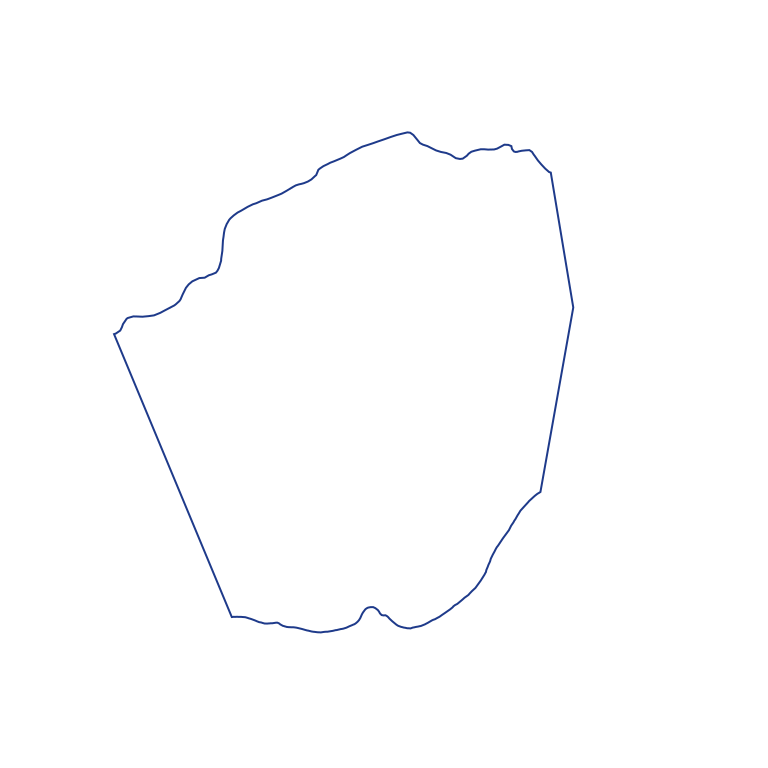 Gayabois, Choiseul, Saint Lucia (Robinson projection), rotated 236°
{"feature_id": "8701671B55791110195050", "entity_name": "Gayabois", "entity_type": "district", "adm_level": 2, "iso_a3": "LCA", "parent_name": "Saint Lucia", "parent_adm1": "Choiseul", "projection": "robinson", "projection_center": [-61.02, 13.786], "detail": "fine", "context": "isolated", "style": "outline", "palette": "blue", "viewbox_px": 768, "rotation_deg": 236, "n_neighbors": 0, "source": "geoboundaries", "source_scale": "gbopen_adm2", "svg_char_len": 4318}
<svg xmlns="http://www.w3.org/2000/svg" viewBox="0 0 768 768"><g transform="rotate(236 384 384)"><path d="M207.0,453.3L341.6,583.7L466.0,640.5L467.4,639.4L472.4,638.1L478.0,637.2L483.3,636.6L489.1,636.5L490.4,636.4L493.6,636.5L496.6,635.3L498.3,632.4L500.3,628.7L501.5,625.8L502.0,624.2L502.9,622.7L504.2,621.7L507.3,621.5L510.0,622.6L512.7,620.8L515.1,617.6L515.4,614.0L515.9,609.3L516.9,606.4L520.1,601.4L522.6,598.3L524.5,595.5L526.6,589.9L527.7,586.3L527.6,583.0L526.9,580.3L526.8,575.3L528.1,572.8L531.1,569.8L536.9,567.4L540.7,564.8L544.5,561.0L548.5,557.8L552.2,555.7L557.0,553.0L560.7,550.1L563.7,548.5L567.4,548.2L574.0,547.6L577.7,546.2L579.5,544.1L581.6,538.5L583.3,533.8L585.0,527.8L586.6,521.5L588.5,514.5L589.8,509.4L591.3,504.1L592.9,498.7L593.5,494.0L593.8,491.6L594.5,484.8L594.6,480.7L594.6,477.7L595.2,474.0L596.6,467.0L597.5,463.2L597.8,460.3L598.5,455.6L598.5,451.5L598.3,449.4L595.1,444.6L595.0,443.4L594.2,438.2L594.4,434.1L595.3,429.9L596.1,427.5L597.1,425.0L598.0,421.9L598.3,418.5L598.7,410.6L599.1,405.5L599.6,403.0L600.3,399.7L601.4,394.7L602.5,390.2L604.2,385.4L605.3,379.2L606.3,375.8L607.1,370.1L607.6,362.1L608.0,358.5L607.8,353.7L607.2,349.4L606.7,347.5L604.9,343.8L604.6,343.1L601.6,338.7L598.9,336.0L595.7,333.2L593.1,330.8L589.7,328.2L584.7,324.4L578.7,318.9L577.3,317.9L572.5,312.0L571.0,309.2L570.3,306.9L571.2,302.5L572.1,299.6L572.4,294.8L575.1,290.1L576.3,282.5L575.8,277.8L574.5,273.6L570.8,267.1L567.9,262.6L567.2,260.8L566.5,256.0L566.4,254.1L567.6,243.3L568.1,238.3L569.5,231.7L572.0,226.6L574.9,221.3L578.0,217.1L580.2,214.0L582.0,208.5L582.0,207.1L579.6,201.1L577.6,198.4L575.8,195.2L575.8,189.9L576.3,188.1L574.9,187.8L275.9,127.5L275.5,128.2L275.1,129.1L274.1,130.5L273.5,131.5L272.8,132.5L272.0,133.6L271.0,135.1L270.7,135.5L270.1,136.2L268.7,138.0L268.2,138.6L266.4,140.1L265.2,141.0L264.4,141.7L263.4,142.5L260.9,144.3L259.6,145.2L258.6,145.8L257.0,146.9L256.4,147.3L255.0,148.8L254.1,149.5L253.7,149.8L252.2,151.1L251.2,152.5L250.8,153.0L250.1,154.3L249.3,155.6L249.1,156.1L248.2,157.4L246.6,160.8L245.8,162.1L244.3,163.1L243.0,163.5L242.6,163.6L242.1,163.9L240.9,164.5L240.1,164.9L239.1,165.8L238.3,166.4L237.9,166.8L237.1,167.4L236.8,167.8L236.2,168.4L235.7,169.1L235.3,169.6L234.4,170.8L233.1,172.7L232.0,174.0L230.8,175.3L227.0,178.8L225.7,179.9L224.0,181.3L222.5,182.6L222.2,183.0L219.3,185.6L218.0,187.0L217.7,187.4L215.5,189.9L214.2,191.6L214.0,191.9L213.7,192.3L213.3,192.9L212.6,194.4L212.1,195.5L211.1,197.3L210.6,198.1L210.2,198.7L207.9,203.7L207.0,206.2L206.4,207.3L205.9,208.7L205.7,209.2L205.0,211.1L204.5,212.1L203.8,213.8L203.7,214.3L203.4,215.2L203.0,216.6L202.8,217.9L202.5,219.9L202.2,221.3L202.0,222.3L201.8,223.3L201.7,224.1L201.4,225.1L201.4,226.2L201.4,226.8L201.5,227.8L201.7,229.3L202.1,230.8L202.2,231.2L203.2,233.4L205.4,236.9L206.3,238.7L207.3,241.5L207.6,242.4L207.7,242.9L207.7,244.4L207.6,245.4L207.4,246.0L207.0,247.0L206.5,248.1L205.4,249.8L204.9,250.4L204.5,250.6L203.0,251.5L202.4,251.7L201.8,251.9L200.0,252.5L198.0,252.6L196.3,252.4L195.3,252.5L194.6,252.7L193.8,252.8L192.4,254.2L192.2,254.6L191.5,255.8L191.2,256.0L190.9,256.2L189.8,256.7L188.4,257.1L186.5,257.3L183.0,258.1L182.6,258.2L179.2,259.2L178.2,259.5L177.8,259.6L177.1,259.9L176.5,260.1L175.5,260.6L174.0,261.7L173.3,262.2L172.8,262.6L172.3,263.1L171.0,264.2L170.0,265.3L168.6,266.6L166.9,268.9L166.6,269.2L166.4,269.8L166.2,270.7L166.0,271.5L165.8,272.1L165.5,272.6L164.8,274.5L163.8,276.7L163.2,278.3L162.8,279.1L161.8,283.8L161.8,284.3L161.5,286.8L161.4,288.6L161.2,291.6L161.0,292.9L160.5,294.7L160.2,298.2L160.1,298.7L160.0,300.1L160.1,303.1L160.1,306.3L160.2,312.8L160.5,316.1L160.9,317.2L160.9,317.8L161.0,319.2L160.7,321.8L160.9,323.8L161.2,326.8L161.4,328.5L161.6,330.0L161.8,331.3L161.8,332.3L161.9,336.0L162.4,337.8L163.1,341.0L163.5,343.6L163.8,345.7L166.9,354.2L169.8,360.8L170.8,362.6L171.0,363.2L172.6,364.9L174.4,367.7L175.7,369.5L177.6,372.7L179.4,374.8L181.3,378.1L181.5,378.4L183.4,382.1L184.6,384.2L185.6,386.2L186.2,388.1L186.4,388.6L189.2,395.4L189.9,397.2L192.6,404.8L193.0,405.9L195.1,409.6L195.4,410.1L196.9,413.9L197.9,415.8L198.3,417.0L200.5,421.4L201.3,423.3L202.7,426.3L203.9,431.2L205.5,437.8L205.8,438.7L206.5,443.4L206.8,445.4L207.0,447.0L207.2,449.9L207.1,450.9L207.0,453.3Z" fill="none" stroke="#1e3a8a" stroke-width="2"/></g></svg>